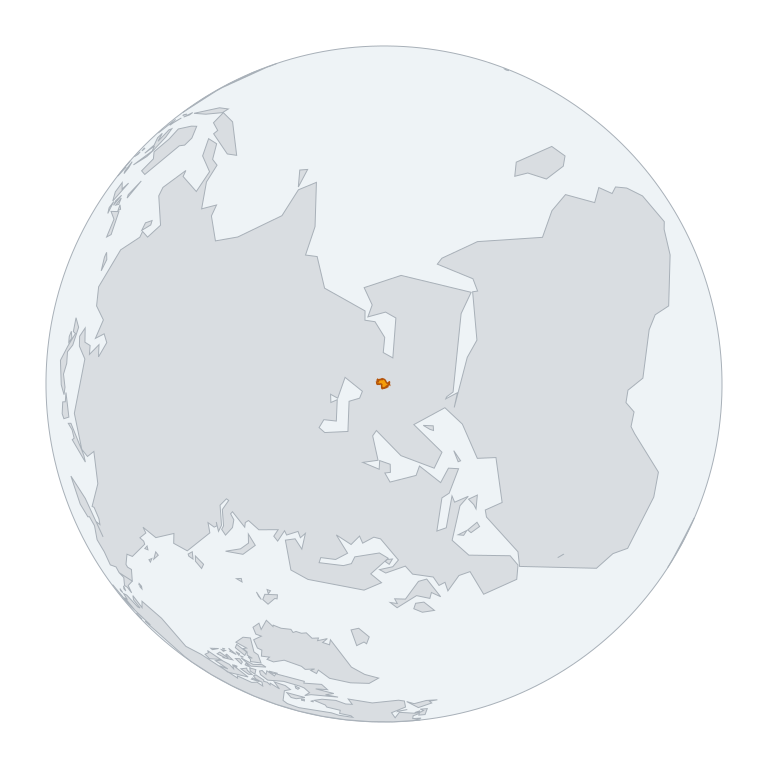 globe centered on Kermanshah, rotated 216°
{"feature_id": "IRN-3239", "entity_name": "Kermanshah", "entity_type": "Province", "adm_level": 1, "iso_a3": "IRN", "parent_name": "Iran", "parent_adm1": "", "projection": "orthographic", "projection_center": [46.364, 34.459], "detail": "fine", "context": "on_globe", "style": "filled", "palette": "amber", "viewbox_px": 768, "rotation_deg": 216, "n_neighbors": 0, "source": "natural_earth", "source_scale": "10m", "svg_char_len": 12455}
<svg xmlns="http://www.w3.org/2000/svg" viewBox="0 0 768 768"><g transform="rotate(216 384 384)"><circle cx="384" cy="384" r="338" fill="#eef3f6" stroke="#a8b0b8"/><path d="M376.5,46.2L385.4,46.4L422.3,50.1L437.8,51.6L431.4,51.8L463.3,56.0L485.7,62.2L458.0,55.2L453.3,54.8L467.4,58.5L465.6,59.0L471.4,61.4L468.1,62.0L452.1,58.9L449.7,59.4L459.8,62.2L462.8,65.2L448.3,60.9L452.1,66.0L426.1,63.7L390.1,55.3L373.2,57.8L329.6,60.0L331.1,61.7L315.6,64.8L311.5,68.1L304.6,68.4L307.4,71.0L314.5,70.1L318.1,71.2L316.4,73.4L307.2,73.8L306.7,72.8L303.1,74.1L299.3,73.6L300.2,75.1L289.3,75.9L297.5,78.5L286.6,82.0L280.1,81.8L284.3,77.3L279.7,68.7L274.4,68.6L262.7,72.1L233.2,87.1L225.8,89.5L213.3,96.0L215.7,96.2L226.3,91.4L227.6,94.3L240.4,89.0L242.8,89.8L254.6,87.0L248.9,92.5L237.0,99.7L226.9,102.6L221.4,106.2L227.8,108.1L206.0,119.1L186.4,136.7L181.2,139.5L176.7,135.3L184.7,122.5L178.8,120.5L178.6,127.4L165.6,135.7L161.7,139.8L160.1,143.1L163.5,142.3L158.2,146.8L156.5,140.7L161.2,136.6L161.8,138.2L165.4,132.7L164.1,130.2L157.6,135.5L162.6,128.8L158.0,132.8L157.1,133.6L159.5,131.4L163.5,128.0L159.7,131.2L178.0,116.1L197.4,102.3L217.6,89.9L238.7,78.9L260.5,69.4L283.0,61.5L305.9,55.2L329.2,50.6L352.8,47.5L376.5,46.2ZM46.6,402.0L47.2,410.1L51.2,438.3L53.9,455.5L54.3,458.3L49.3,430.3L46.6,402.0ZM449.2,53.1L441.5,51.6L449.6,53.0L449.2,53.1ZM472.8,61.7L475.6,62.1L477.4,63.3L472.8,61.7ZM256.9,84.3L255.7,85.6L254.1,85.4L256.9,84.3ZM263.1,82.0L262.1,80.9L264.9,79.7L265.5,80.4L263.1,82.0ZM474.0,65.4L476.1,67.6L471.2,64.8L474.0,65.4ZM263.7,83.9L270.0,77.8L274.9,75.8L281.2,77.2L263.7,83.9ZM475.5,68.5L480.8,74.5L487.4,75.7L471.8,76.6L472.5,70.6L465.4,66.7L472.2,68.7L475.5,68.5ZM317.5,69.0L309.8,70.0L317.8,67.3L317.5,69.0ZM321.7,67.1L341.1,59.1L351.5,59.4L342.9,61.7L357.7,61.1L353.3,65.0L344.2,66.3L338.3,65.2L341.1,67.7L321.7,67.1ZM462.3,76.5L461.2,77.8L459.3,75.9L462.3,76.5ZM320.1,71.4L323.1,69.5L332.4,69.5L328.1,73.4L326.5,72.1L320.1,71.4ZM363.8,59.2L369.9,60.2L368.0,63.6L370.1,64.6L354.1,65.2L363.8,59.2ZM323.5,73.2L325.7,75.4L319.8,77.6L317.9,73.4L323.5,73.2ZM336.6,68.0L340.8,68.3L337.1,69.3L336.6,68.0ZM300.0,87.4L303.3,84.5L308.4,84.1L300.0,87.4ZM326.9,76.2L329.0,75.5L331.3,75.2L331.5,77.1L326.9,76.2ZM353.9,67.8L351.8,69.2L360.4,67.7L359.3,70.6L348.8,70.7L352.8,71.9L352.5,72.9L344.3,71.9L353.9,67.8ZM338.9,78.4L325.2,80.2L317.8,85.3L313.1,85.6L325.8,77.5L338.9,78.4ZM342.8,74.6L339.3,76.9L335.2,75.8L335.0,73.6L342.8,74.6ZM362.3,72.8L366.7,68.2L368.8,68.4L362.3,72.8ZM337.6,80.0L340.9,79.5L337.6,80.4L337.6,80.0ZM355.7,75.1L356.9,73.3L359.3,73.6L355.7,75.1ZM346.6,80.4L342.2,80.8L341.9,79.2L346.6,80.4ZM351.4,78.1L354.4,78.9L344.5,78.3L351.6,77.2L351.4,78.1ZM357.7,75.6L359.6,75.2L356.9,76.3L357.7,75.6ZM350.2,86.8L337.7,86.4L337.1,82.6L349.3,83.3L350.2,86.8ZM99.3,451.1L90.3,394.3L99.1,381.3L103.8,359.8L167.1,316.1L177.0,327.0L222.9,336.6L228.0,341.6L218.8,357.6L250.2,390.3L264.8,378.7L297.0,397.6L320.8,400.6L336.0,368.7L297.0,362.9L293.9,345.4L328.2,336.0L362.8,341.9L362.7,335.4L344.0,318.8L355.1,308.1L337.8,312.2L342.5,319.5L331.8,322.7L326.9,316.3L331.0,312.5L321.5,308.2L304.3,328.9L307.1,338.5L280.2,337.5L282.4,353.8L273.9,359.3L267.1,334.0L270.2,325.9L254.8,296.1L249.1,304.3L263.2,333.4L257.4,329.9L249.8,342.7L251.0,330.2L237.0,297.6L214.8,295.4L181.0,319.2L169.2,316.3L161.8,304.0L179.8,272.5L204.1,282.8L210.8,273.1L210.7,254.2L218.1,259.4L221.1,253.4L230.7,256.8L249.1,247.0L259.7,249.2L271.5,232.1L278.5,231.2L269.5,241.3L268.9,250.1L295.7,256.7L302.2,254.1L307.7,242.7L314.4,246.6L316.3,234.8L333.9,233.9L314.0,225.7L320.0,213.6L333.1,206.4L331.5,201.3L310.1,213.2L304.8,219.5L306.0,227.0L288.4,244.6L278.2,245.5L283.1,222.6L269.2,221.8L279.0,205.5L330.7,181.2L350.0,178.8L372.0,199.7L364.9,206.5L353.4,202.1L359.8,217.0L361.3,210.5L366.9,214.2L374.0,204.6L378.2,206.8L377.7,194.4L383.7,196.1L384.0,203.9L399.6,192.5L413.4,193.9L414.8,190.4L412.5,186.3L431.5,191.6L431.8,188.8L425.7,185.9L422.2,178.8L423.4,168.6L429.9,171.0L430.4,174.9L441.0,187.4L441.2,198.5L444.0,198.5L445.4,189.6L432.4,174.2L431.3,167.5L438.6,173.8L435.8,171.0L437.3,168.4L444.9,168.4L437.4,161.2L445.1,133.4L460.5,131.5L466.1,139.6L478.3,125.6L494.8,126.5L489.1,123.5L491.1,116.1L486.0,115.6L483.4,113.7L486.2,96.6L491.9,95.2L486.7,86.4L483.8,85.1L479.3,85.5L471.8,76.6L487.4,75.7L493.3,78.5L499.1,76.8L511.6,83.8L524.6,89.4L534.9,99.2L544.3,103.5L545.5,102.5L559.2,108.3L583.2,125.5L558.5,115.9L521.4,95.2L536.1,103.5L531.2,103.3L535.5,107.5L546.0,113.8L548.2,113.4L556.9,135.1L579.1,158.9L581.3,151.1L590.1,153.5L617.3,178.3L640.7,228.4L652.7,235.6L658.3,243.7L658.7,253.7L650.5,242.0L644.4,242.4L639.7,234.8L637.7,248.3L630.9,238.1L632.6,254.5L639.9,260.1L644.3,251.3L648.7,270.9L662.4,278.2L672.0,294.9L675.9,337.8L667.8,359.2L669.0,365.5L661.6,363.9L658.1,381.1L676.8,403.8L678.4,413.1L669.8,440.3L668.5,433.8L649.0,429.4L649.9,453.2L664.8,461.9L670.1,479.4L660.6,480.0L654.7,465.0L647.7,462.9L646.4,443.1L634.5,418.5L624.7,430.4L622.4,418.5L604.5,400.7L588.7,417.0L565.5,460.2L567.4,490.8L557.2,507.4L532.3,470.8L523.3,442.2L513.0,447.8L488.4,426.6L442.3,432.0L436.9,424.4L427.9,429.1L410.8,422.1L403.1,409.0L392.2,410.3L413.2,444.4L425.0,443.1L436.5,428.8L440.0,441.0L456.7,450.3L434.0,481.9L367.4,509.4L363.0,486.3L323.4,418.1L325.7,410.8L325.7,409.9L325.3,408.3L319.5,420.1L313.4,406.3L332.3,454.5L334.6,474.1L366.5,510.7L362.9,514.2L373.9,521.4L411.3,512.3L411.1,519.8L392.1,554.1L342.0,595.8L350.0,622.9L348.5,643.9L320.2,654.6L325.7,669.2L311.4,672.2L312.5,679.5L302.8,685.2L285.4,688.1L252.7,680.1L248.3,673.8L228.4,656.6L199.6,614.5L205.3,599.4L201.4,583.8L178.0,540.9L183.0,522.4L177.3,511.2L165.3,508.4L159.1,494.7L152.0,491.1L110.2,474.0L99.3,451.1ZM141.4,345.6L138.8,351.7L138.7,351.7L141.4,345.6ZM397.2,365.4L419.4,366.5L413.1,345.3L421.2,344.3L416.1,337.8L412.6,343.8L400.8,326.0L411.7,319.8L410.9,310.6L403.4,309.9L385.3,324.4L402.1,349.5L395.4,358.2L397.2,365.4ZM165.7,136.1L165.7,136.7L163.0,140.5L162.2,139.9L165.7,136.1ZM163.7,152.9L155.2,159.9L160.7,154.1L157.9,154.0L166.0,142.4L179.0,140.4L171.7,143.1L163.7,152.9ZM180.4,127.5L173.8,134.3L180.5,127.0L180.4,127.5ZM227.8,219.7L229.5,225.2L223.5,231.0L210.1,230.5L218.8,221.9L227.8,219.7ZM233.3,231.9L241.9,210.7L250.5,210.9L244.2,214.2L249.1,216.5L240.2,222.6L240.1,244.6L234.8,251.3L213.1,245.2L223.1,243.2L220.9,237.5L233.3,231.9ZM248.5,163.5L252.3,156.3L266.1,165.7L260.9,171.5L247.3,170.7L245.4,163.6L248.5,163.5ZM273.6,88.3L274.2,86.4L276.7,86.1L278.3,87.4L273.6,88.3ZM301.1,86.0L273.7,96.6L273.0,94.9L257.9,104.3L250.0,103.5L260.1,97.2L242.7,104.1L248.7,98.2L237.1,103.7L260.4,89.8L265.0,85.4L262.8,90.5L269.9,91.2L274.3,90.2L290.5,84.4L304.0,76.1L313.1,76.3L316.0,78.6L314.2,80.6L308.8,79.7L310.2,83.1L301.0,83.4L301.1,86.0ZM344.6,117.0L339.1,113.2L340.3,123.7L331.2,122.5L331.9,123.8L323.7,125.9L315.1,130.8L311.5,129.5L309.7,132.1L304.3,133.8L300.6,137.0L292.8,136.0L287.7,140.0L286.9,137.3L280.2,144.7L281.7,138.8L274.8,141.0L277.0,145.6L244.0,135.8L228.9,137.7L215.5,142.9L220.0,133.1L235.4,122.6L255.1,113.9L269.0,114.0L268.4,110.1L274.9,109.2L272.6,112.7L280.0,106.8L284.8,107.1L302.4,101.9L310.1,94.2L316.8,92.5L316.1,95.7L323.2,91.8L326.4,96.9L331.2,96.0L339.1,100.5L335.0,107.9L340.7,106.3L347.0,110.2L344.6,117.0ZM352.1,88.1L349.2,96.3L342.8,100.0L331.7,90.8L326.8,90.9L319.5,86.0L328.9,81.0L330.2,82.8L333.6,83.4L329.3,84.7L335.3,84.2L337.2,86.8L342.4,87.2L340.0,89.6L352.1,88.1ZM236.1,337.0L240.5,339.2L247.9,340.5L243.2,349.0L236.1,337.0ZM226.2,314.9L230.5,315.1L227.5,326.8L222.9,324.9L226.2,314.9ZM235.4,305.6L230.9,314.2L230.6,308.4L235.4,305.6ZM273.8,241.2L278.7,241.1L278.2,243.9L274.3,247.4L273.8,241.2ZM346.3,150.8L344.2,147.3L346.3,146.3L348.4,137.7L355.4,138.4L356.8,143.8L346.3,150.8ZM327.9,373.6L319.6,379.1L316.6,375.5L320.1,374.3L327.9,373.6ZM278.3,364.7L288.4,371.1L276.9,366.9L278.3,364.7ZM354.3,150.0L354.3,146.3L357.8,149.0L354.3,150.0ZM360.6,138.5L365.0,140.8L356.5,137.5L360.6,138.5ZM469.7,709.8L472.6,709.6L467.1,710.9L469.7,709.8ZM407.4,641.2L387.9,674.8L371.6,674.9L367.0,665.6L373.1,645.3L391.7,639.2L400.3,628.9L407.4,641.2ZM702.0,486.6L704.6,482.8L704.2,484.3L702.0,486.6ZM699.5,487.4L703.0,482.2L698.3,491.2L699.5,487.4ZM704.3,480.1L707.8,471.9L709.4,467.3L708.7,470.4L704.3,480.1ZM696.8,491.3L679.4,510.8L671.6,515.0L674.2,508.6L686.8,497.5L696.8,491.3ZM673.5,509.1L660.6,507.1L637.6,482.4L646.0,478.0L668.9,486.3L667.6,491.4L675.5,495.1L673.5,509.1ZM701.8,456.0L700.3,469.4L691.4,479.4L687.0,482.4L684.0,470.0L685.7,460.1L689.6,456.4L700.7,412.9L705.4,414.0L702.9,430.6L706.5,436.7L701.8,456.0ZM569.1,493.0L577.9,507.6L571.9,512.7L569.1,493.0ZM702.2,386.9L699.7,405.6L701.1,383.4L702.2,386.9ZM701.2,368.0L702.9,373.8L699.8,370.5L701.2,368.0ZM671.7,374.2L667.7,379.9L666.2,375.6L670.3,365.9L671.7,374.2ZM679.3,309.3L684.7,322.3L685.8,327.5L681.4,321.7L679.3,309.3ZM413.9,155.6L403.2,166.3L400.1,175.6L405.6,182.9L393.3,177.8L398.0,163.3L413.9,155.6ZM440.5,135.6L435.6,130.1L440.7,130.0L442.5,131.3L440.5,135.6ZM435.5,134.0L424.0,132.1L423.1,127.5L432.4,129.8L435.5,134.0ZM388.9,139.8L385.2,142.8L382.5,140.4L388.9,139.8ZM658.9,580.6L663.2,573.8L664.6,572.0L672.2,558.5L690.6,526.0L705.9,486.8L706.3,485.5L697.3,510.6L686.3,534.9L673.5,558.3L658.9,580.6ZM708.1,475.6L712.8,459.1L714.2,454.4L708.1,475.6ZM720.6,414.3L720.5,415.2L720.5,412.3L721.3,403.7L720.1,408.0L721.6,395.7L721.5,400.1L720.6,414.3ZM716.9,430.3L716.6,433.9L715.9,433.8L716.9,430.3ZM718.0,425.2L719.6,421.1L717.7,428.6L718.0,425.2ZM708.5,436.1L709.6,441.7L713.2,430.1L710.4,442.3L711.9,450.2L710.7,456.5L709.5,447.5L707.4,463.1L705.7,465.8L705.7,455.4L707.9,437.7L709.6,428.6L715.5,414.0L708.5,436.1ZM718.4,415.9L717.7,408.9L718.0,401.4L718.8,404.0L718.4,415.9ZM714.2,393.1L710.5,387.8L708.7,396.4L711.0,372.6L714.3,381.5L714.2,393.1ZM708.8,374.6L707.2,382.5L707.9,369.6L708.8,374.6ZM705.9,380.1L704.2,373.4L706.2,371.0L705.9,380.1ZM709.9,372.7L707.7,359.6L710.0,365.1L709.9,372.7ZM699.3,358.6L706.3,363.2L699.8,367.6L692.6,344.5L694.8,339.9L699.3,358.6ZM667.9,242.9L663.4,237.5L663.5,232.4L666.6,237.5L667.9,242.9ZM659.7,213.0L662.1,229.3L663.3,243.5L666.1,243.8L672.1,256.6L664.4,250.4L658.7,232.6L659.0,224.0L652.8,214.2L649.1,203.6L640.2,193.9L636.6,187.3L644.7,193.7L659.7,213.0ZM636.3,190.2L619.5,172.0L622.6,167.8L626.9,170.8L633.4,180.7L631.4,182.3L636.3,190.2ZM616.3,166.6L614.2,168.2L585.1,150.0L579.7,145.3L603.5,155.7L602.8,158.0L609.4,163.6L616.3,166.6ZM464.9,78.7L461.5,77.9L464.3,77.5L464.9,78.7ZM480.5,113.7L477.5,111.1L480.8,110.3L480.5,113.7ZM470.9,103.7L469.2,106.4L468.3,102.6L470.9,103.7ZM466.0,112.8L467.3,106.9L470.0,114.0L466.0,112.8Z" fill="#d9dde1" stroke="#a8b0b8" stroke-width="1"/><path d="M382.8,379.5L382.7,379.4L382.8,379.3L382.8,379.2L383.0,379.2L383.9,379.9L385.1,381.5L385.3,381.6L385.4,381.9L385.4,382.1L385.5,382.3L385.8,382.3L386.3,382.3L386.6,382.3L386.8,382.2L386.9,381.9L387.0,381.8L387.1,381.7L387.2,381.4L387.4,381.4L387.7,381.0L388.0,381.0L388.3,381.0L388.3,380.6L389.0,380.4L389.2,380.1L389.1,379.9L389.3,379.8L389.5,380.0L390.1,380.2L390.8,381.0L391.0,381.1L391.2,381.3L391.0,381.5L390.8,381.9L390.6,382.3L390.1,382.3L389.9,382.5L390.2,382.9L390.6,383.1L390.8,383.2L390.9,383.4L391.0,383.6L391.5,383.2L391.8,383.1L391.9,383.4L391.9,383.8L391.9,384.1L391.2,384.1L390.7,384.2L390.6,384.4L390.5,384.6L390.1,384.6L389.9,384.7L389.9,384.8L389.9,385.1L389.9,385.4L389.7,385.6L389.3,385.6L389.1,385.7L389.0,385.8L389.1,386.0L389.1,386.3L389.0,386.5L388.9,386.4L388.7,386.4L388.0,386.6L388.0,386.8L388.1,387.0L388.1,387.5L387.2,387.7L386.4,387.9L385.8,387.9L384.6,387.5L384.2,387.2L383.9,387.0L383.5,386.9L383.1,386.8L382.4,386.5L381.6,386.6L381.3,386.6L381.3,386.9L381.3,387.3L381.1,387.9L381.0,388.8L380.9,388.9L380.6,388.6L380.4,388.4L380.4,388.2L380.2,387.9L379.7,387.1L379.4,387.0L379.2,386.8L379.3,386.8L379.4,386.7L379.5,386.6L379.5,386.4L379.7,386.2L379.9,385.9L380.0,385.9L379.9,385.7L380.0,385.5L380.0,385.4L380.1,385.1L380.1,384.9L380.0,384.7L379.9,384.7L379.7,384.7L379.4,384.1L379.7,383.9L379.8,383.9L379.8,383.6L379.8,383.4L379.8,383.2L380.0,383.3L380.3,383.4L380.6,383.4L380.8,383.5L380.8,383.4L380.8,383.2L380.7,383.2L380.7,382.8L380.6,382.7L380.4,382.4L380.5,382.3L380.6,382.2L380.6,381.9L380.9,381.8L381.0,381.7L381.0,381.4L381.3,381.4L381.4,381.5L381.5,381.4L381.6,381.2L381.6,380.8L381.5,380.7L381.8,380.5L381.8,380.4L382.0,380.4L382.3,380.4L382.6,380.3L382.8,380.3L382.9,380.2L383.0,380.2L382.9,380.0L382.9,379.9L383.0,379.7L382.8,379.5Z" fill="#f59e0b" stroke="#b45309" stroke-width="1.5"/></g></svg>